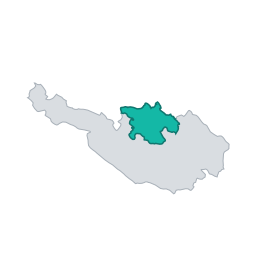 Oberösterreich highlighted on a map of Austria, rotated 29°
{"feature_id": "AUT-2326", "entity_name": "Oberösterreich", "entity_type": "State", "adm_level": 1, "iso_a3": "AUT", "parent_name": "Austria", "parent_adm1": "", "projection": "natural_earth1", "projection_center": [13.938, 48.12], "detail": "fine", "context": "in_parent", "style": "filled", "palette": "teal", "viewbox_px": 256, "rotation_deg": 29, "n_neighbors": 0, "source": "natural_earth", "source_scale": "10m", "svg_char_len": 6941}
<svg xmlns="http://www.w3.org/2000/svg" viewBox="0 0 256 256"><g transform="rotate(29 128 128)"><path d="M24.2,142.8L26.5,138.6L27.0,136.0L25.1,134.5L24.3,134.0L25.0,133.7L27.7,133.9L29.5,133.1L30.4,132.2L32.9,133.0L36.5,134.7L38.2,135.8L38.8,136.6L39.2,137.3L39.0,138.5L39.8,139.0L41.5,139.2L42.6,139.6L42.2,141.2L42.1,142.5L43.7,142.3L45.7,141.3L47.2,139.5L48.2,137.7L49.0,133.4L49.2,133.0L50.4,133.4L55.2,133.2L57.5,134.0L61.0,134.1L61.0,134.8L61.6,135.9L63.2,137.4L63.9,138.4L65.6,138.5L68.2,138.0L69.7,137.4L70.2,137.8L72.6,137.4L74.7,136.2L75.2,135.3L77.3,134.6L80.2,133.1L84.1,131.9L96.8,130.7L97.3,129.7L97.2,127.6L97.5,127.3L99.1,127.8L101.7,128.3L103.7,129.1L104.9,130.1L106.1,130.1L108.0,129.4L110.5,129.0L112.8,130.0L113.5,131.1L113.1,131.7L113.1,132.6L113.8,133.4L115.7,134.6L118.1,135.7L119.4,135.6L119.9,134.6L120.3,132.1L120.5,129.5L119.9,127.9L118.6,127.6L117.1,127.5L116.2,127.1L116.5,126.3L117.8,124.2L117.8,121.3L115.0,118.0L112.6,114.9L112.6,113.8L114.1,111.9L116.3,110.5L121.3,108.0L122.9,107.5L125.0,107.1L127.9,106.0L129.3,105.0L130.2,103.9L131.6,98.0L131.9,97.7L132.3,97.4L137.4,99.4L137.9,99.1L138.8,98.7L140.4,97.2L140.8,96.0L140.8,93.8L140.9,91.7L141.2,91.0L142.0,91.2L144.2,92.3L145.9,93.6L147.6,96.7L151.4,97.5L156.2,97.6L157.9,96.2L159.5,95.9L161.2,96.3L165.0,96.8L165.4,94.3L167.5,91.7L168.5,90.7L171.2,90.8L171.9,88.9L172.5,83.5L173.1,82.9L175.1,83.0L177.0,84.0L177.6,84.8L178.7,84.7L180.1,84.2L181.7,83.8L184.2,84.4L189.5,86.9L192.2,87.8L194.0,87.6L195.6,87.6L201.9,91.4L206.3,91.9L210.3,92.0L211.6,90.8L213.3,89.8L215.1,90.0L216.6,90.5L219.7,92.1L221.1,92.5L222.9,92.8L224.3,93.2L225.6,96.0L226.2,96.8L226.1,97.1L226.0,98.4L225.0,100.1L223.9,102.2L224.0,104.1L227.0,110.6L229.6,114.6L230.1,116.1L231.8,117.3L230.2,118.8L229.9,120.9L228.9,121.9L228.7,123.1L229.1,124.3L229.1,125.7L229.7,127.6L227.2,128.1L224.2,128.0L223.1,128.1L222.1,128.6L221.1,128.4L218.3,126.5L216.8,126.1L215.7,126.3L214.9,127.1L213.5,128.1L212.2,128.8L212.5,129.4L218.2,131.1L219.2,133.6L218.1,135.6L217.8,136.7L216.5,137.5L214.8,138.1L212.9,138.3L212.7,139.4L213.5,142.7L212.8,143.4L212.2,144.4L212.8,147.1L214.1,147.3L214.3,147.9L214.1,149.0L213.9,150.2L213.5,151.4L213.3,152.0L212.5,152.3L210.0,152.1L207.8,153.2L203.5,157.0L202.0,157.6L200.3,159.1L200.5,162.4L200.3,162.7L199.9,163.4L194.6,162.2L194.4,162.3L191.0,162.7L188.6,164.2L185.7,165.1L179.6,164.6L173.7,165.2L172.3,165.7L170.7,165.9L169.3,166.8L168.5,168.0L167.0,169.6L164.9,170.9L162.6,171.8L162.1,172.6L161.3,173.1L160.1,172.5L159.0,172.5L157.8,172.1L153.6,171.7L149.0,170.9L146.8,170.2L144.3,169.7L141.6,169.2L139.2,169.1L138.0,168.9L132.3,167.7L128.5,167.6L123.5,167.1L113.6,165.2L110.7,164.5L107.9,164.2L104.6,163.6L102.1,162.5L100.6,160.6L98.9,157.9L95.8,154.5L95.2,152.7L96.1,151.2L97.1,150.1L97.0,149.6L96.3,149.3L90.8,150.8L85.5,152.7L83.4,152.7L81.4,152.3L78.7,152.3L76.1,152.8L70.9,153.0L67.9,154.4L65.9,157.1L64.9,159.3L64.0,160.0L62.2,160.2L59.5,160.0L57.6,159.4L55.7,157.5L52.7,157.3L50.0,157.2L49.2,156.9L49.3,155.7L48.3,153.4L46.5,152.7L41.8,157.0L40.5,157.4L36.8,156.2L33.6,154.4L33.2,153.0L32.7,151.9L30.0,150.9L26.6,150.2L25.5,150.2L25.9,149.6L26.4,148.5L26.1,147.6L25.3,146.7L24.9,145.8L24.8,144.8L24.6,144.1L24.5,143.4L24.2,142.8Z" fill="#d9dde1" stroke="#a8b0b8" stroke-width="1"/><path d="M164.5,97.6L165.0,97.2L165.0,97.3L165.5,97.7L167.2,98.0L168.1,98.4L169.0,98.8L170.0,98.9L170.4,99.0L170.8,99.3L171.1,99.7L171.1,100.0L170.4,100.2L170.2,100.3L170.2,100.7L170.2,100.9L170.2,101.2L170.3,101.6L170.9,102.3L171.6,102.5L171.7,103.6L172.2,103.9L172.4,104.2L172.7,106.0L172.5,108.9L172.5,109.7L172.1,109.3L171.8,109.1L171.5,109.1L170.1,109.1L169.6,109.3L169.2,109.6L168.9,110.1L168.5,110.4L164.6,111.2L164.0,111.0L163.6,110.7L162.8,109.8L162.5,109.4L162.1,109.2L161.6,109.1L160.4,109.0L160.0,109.3L159.8,109.4L159.6,109.5L159.4,109.9L159.3,111.3L159.2,111.6L159.0,111.9L159.0,112.1L159.1,113.1L159.2,113.3L159.3,113.4L159.3,113.6L159.1,113.8L158.8,114.1L158.8,114.4L158.7,114.5L158.4,115.1L158.2,115.2L158.1,115.3L157.9,115.4L157.9,115.5L158.4,116.0L162.7,118.8L164.2,119.5L165.0,119.7L165.6,120.0L166.2,120.3L166.5,120.6L166.7,120.9L166.7,121.6L166.2,122.2L165.8,123.4L165.8,124.2L165.7,124.7L165.3,125.5L163.6,126.7L159.6,128.1L159.3,128.4L159.2,128.7L158.9,128.9L158.5,129.1L157.6,129.3L156.9,129.7L155.7,130.5L155.0,130.7L154.2,130.7L153.7,130.5L153.1,130.3L151.6,129.4L151.3,129.3L150.9,129.4L149.9,129.8L148.6,130.1L148.1,130.5L147.9,130.5L147.7,130.1L147.7,129.9L147.4,129.2L146.2,127.9L145.0,128.1L144.6,128.0L143.8,127.8L143.0,127.6L142.7,127.5L142.0,127.2L141.7,127.1L141.4,127.2L138.5,128.4L138.1,128.8L137.7,129.1L137.6,129.6L137.5,130.1L137.5,130.8L137.5,131.1L137.6,131.5L137.8,131.8L138.1,132.2L138.4,132.5L138.7,132.8L138.9,133.2L139.0,133.8L139.0,134.3L138.9,134.6L138.9,134.8L138.7,134.9L138.1,135.4L138.0,135.5L137.6,135.6L137.4,135.7L134.9,135.3L133.3,134.4L132.3,133.6L132.1,133.1L132.1,132.6L132.2,132.1L132.6,131.5L132.8,131.3L132.9,130.9L132.8,130.6L132.3,129.9L133.3,127.3L133.2,127.0L133.0,126.7L132.3,126.6L131.8,126.4L131.5,126.3L131.4,126.1L131.1,125.8L131.2,125.6L131.4,125.5L132.4,125.4L132.9,125.4L133.2,125.0L132.6,124.5L127.7,123.6L127.2,123.3L127.0,123.0L126.9,122.7L126.5,121.5L126.5,121.0L126.4,120.5L126.5,119.6L126.6,119.2L126.7,118.9L126.8,118.7L127.1,118.6L127.8,118.8L128.2,118.8L128.6,118.7L128.9,118.4L128.9,118.2L128.7,117.9L128.4,117.8L128.1,117.7L127.3,117.2L125.5,117.9L123.9,118.0L122.8,117.9L121.8,117.6L121.7,117.6L120.7,116.8L120.1,116.4L119.4,116.4L118.2,116.4L117.7,116.5L117.4,116.8L117.2,117.3L116.8,117.6L115.5,117.9L114.9,118.1L114.9,117.7L114.5,117.0L112.6,115.3L112.3,114.9L112.1,114.5L111.9,114.0L112.0,113.6L112.2,113.3L112.3,113.3L112.5,113.3L112.7,113.2L113.1,112.7L114.3,111.9L114.6,111.6L115.1,110.9L115.4,110.7L115.8,110.5L117.3,110.3L117.2,110.2L117.7,109.9L118.5,109.5L119.6,108.6L120.0,108.4L122.8,107.4L126.6,106.9L127.5,106.4L130.1,104.5L130.5,103.9L130.7,103.2L130.8,102.8L131.0,102.6L131.0,102.2L131.0,101.3L131.0,100.9L131.1,100.6L131.5,100.0L131.6,99.6L131.5,99.3L131.3,99.0L131.2,98.4L131.1,98.2L131.2,97.9L131.5,97.7L132.4,97.4L133.3,97.3L136.1,97.9L136.5,98.2L137.0,98.4L137.4,99.0L138.5,99.4L138.6,99.5L138.8,98.5L139.0,98.1L139.7,98.1L139.9,98.0L140.1,97.8L140.3,97.7L140.7,96.8L140.9,96.3L141.0,95.8L141.0,95.3L140.9,94.2L140.9,93.7L141.3,93.5L140.9,93.3L140.8,93.2L140.5,92.7L140.4,92.8L140.4,92.4L141.3,91.0L142.3,91.3L142.9,91.5L143.4,91.8L143.9,92.2L145.8,93.1L146.0,93.3L146.5,93.9L146.6,94.2L146.8,94.3L147.0,94.3L147.2,94.6L147.1,94.9L146.9,94.9L146.6,95.2L146.5,95.3L146.4,95.4L146.5,95.9L146.7,96.0L147.1,96.5L147.4,96.7L148.3,97.0L152.1,97.4L154.8,98.2L155.1,98.2L155.3,98.1L155.8,97.7L157.2,97.2L157.7,96.9L158.3,95.5L158.7,95.3L159.3,95.9L160.4,96.4L160.7,96.5L161.1,96.4L161.9,96.0L162.3,96.0L162.5,96.1L162.5,96.4L162.6,96.6L162.8,96.8L163.3,96.6L163.7,97.0L163.9,97.3L164.1,97.5L164.5,97.6Z" fill="#14b8a6" stroke="#0f766e" stroke-width="1.5"/></g></svg>